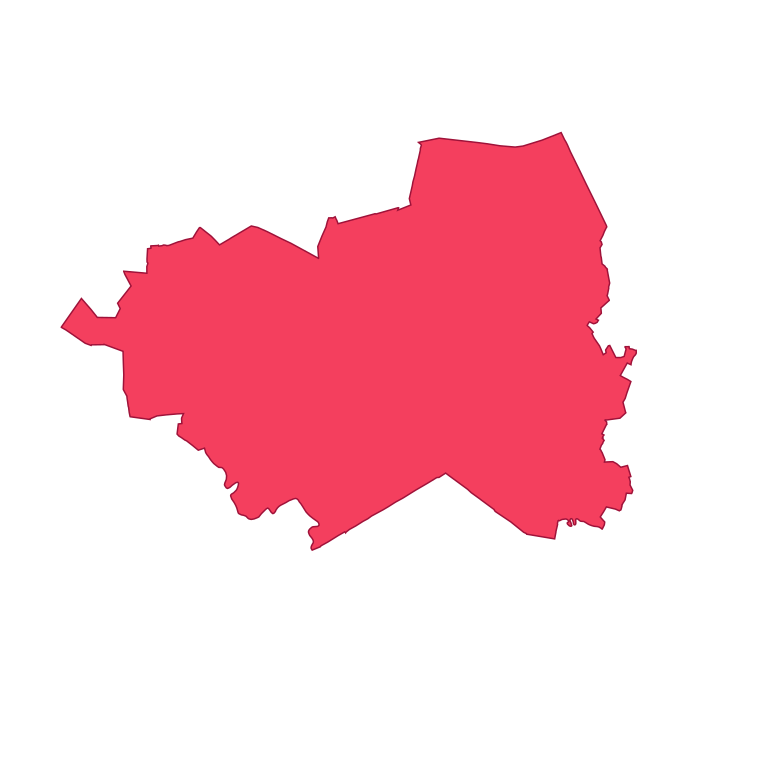 Rikavas pag., Rezeknes, Latvia (Albers equal-area conic projection), rotated 335°
{"feature_id": "27541924B46765973494104", "entity_name": "Rikavas pag.", "entity_type": "district", "adm_level": 2, "iso_a3": "LVA", "parent_name": "Latvia", "parent_adm1": "Rezeknes", "projection": "albers", "projection_center": [27.008, 56.629], "detail": "fine", "context": "isolated", "style": "filled", "palette": "rose", "viewbox_px": 768, "rotation_deg": 335, "n_neighbors": 0, "source": "geoboundaries", "source_scale": "gbopen_adm2", "svg_char_len": 6099}
<svg xmlns="http://www.w3.org/2000/svg" viewBox="0 0 768 768"><g transform="rotate(335 384 384)"><path d="M115.5,196.3L118.5,200.5L120.3,203.5L130.4,220.8L134.9,225.3L135.5,224.9L147.1,230.1L147.2,229.9L161.3,244.1L156.7,254.7L152.0,265.8L145.5,278.6L145.4,279.0L145.8,285.9L145.9,286.2L145.1,288.4L144.0,292.2L143.1,295.0L142.8,296.0L142.6,297.4L141.1,302.0L140.1,306.1L140.1,306.4L157.0,317.3L157.2,316.7L164.8,317.0L173.5,319.9L184.2,323.8L189.8,326.1L186.3,329.2L185.8,330.0L184.1,334.4L180.7,333.3L175.3,341.9L176.0,344.3L177.7,346.9L179.8,350.6L181.0,352.0L184.3,358.4L187.7,365.5L194.2,366.3L193.4,370.8L193.5,371.8L193.7,373.3L194.3,375.7L194.8,379.2L195.4,381.7L196.1,384.1L197.9,387.8L199.0,389.7L201.4,391.0L202.0,391.6L202.7,393.3L203.2,397.2L202.6,400.6L200.8,403.8L197.8,406.6L196.8,408.0L196.8,409.4L197.2,411.5L198.0,412.5L199.2,412.6L200.8,412.5L203.7,411.6L208.1,410.8L209.8,411.2L210.2,411.7L210.2,412.5L209.1,414.2L207.7,415.8L206.5,416.9L205.3,417.8L201.7,419.1L199.6,419.3L198.6,419.6L198.0,420.1L197.7,420.8L197.4,423.8L198.1,428.1L198.3,431.3L198.2,434.1L197.4,439.2L197.7,440.2L199.4,442.3L201.2,443.6L202.9,445.3L203.3,446.1L203.9,448.0L204.6,449.2L206.4,450.6L209.3,451.4L212.5,451.6L214.3,451.6L218.1,449.7L223.9,447.6L225.4,447.3L226.1,447.3L226.5,447.7L226.9,448.6L227.2,450.1L227.5,452.4L228.2,454.1L228.5,454.5L229.6,454.6L231.6,453.7L232.9,452.5L235.2,451.2L237.2,450.5L239.0,450.2L244.9,450.0L248.7,449.6L253.6,449.9L255.6,450.4L256.4,451.1L256.9,452.0L257.3,453.1L257.4,454.8L258.1,457.6L258.5,460.5L259.3,467.1L260.1,469.7L261.0,472.1L262.8,475.7L265.6,480.6L265.9,481.5L266.0,482.5L265.9,483.4L265.7,483.9L265.3,484.6L264.7,484.8L263.7,485.0L259.4,483.4L258.5,483.3L257.7,483.4L255.4,484.1L254.3,484.7L253.4,485.5L252.9,486.5L252.7,488.1L252.7,489.9L253.5,493.1L253.7,494.6L253.7,495.7L253.5,496.7L253.1,497.5L252.7,498.0L250.3,499.7L249.5,500.5L248.9,501.2L248.5,502.2L248.7,504.2L257.5,504.6L258.6,504.0L266.3,503.5L278.5,502.0L285.9,501.4L286.2,502.0L286.3,502.7L287.0,502.2L291.2,501.2L298.5,500.7L307.1,499.6L312.4,499.3L316.9,498.4L330.2,497.6L336.3,497.0L344.7,495.9L352.8,495.4L367.6,493.6L381.7,492.3L392.3,491.1L394.4,491.9L402.2,490.8L405.1,496.2L405.6,497.1L415.3,514.8L417.1,519.3L422.5,529.0L422.6,529.3L430.7,544.2L430.8,544.3L430.7,545.4L431.0,546.6L440.6,562.5L447.9,577.4L449.8,579.7L449.8,580.4L473.2,596.5L477.3,590.8L477.3,590.6L482.0,584.6L482.1,584.0L482.5,583.3L483.9,581.6L484.4,581.4L484.6,581.7L485.0,582.0L485.7,582.1L487.9,582.0L488.4,582.1L491.6,583.1L492.6,583.9L493.1,584.8L493.4,585.8L493.3,586.5L493.0,586.9L491.8,587.1L491.4,587.3L491.1,588.0L491.2,588.8L492.0,590.8L492.8,591.7L493.9,592.0L494.4,591.6L494.6,589.8L494.8,588.6L494.8,586.8L494.9,586.3L495.0,586.0L495.5,585.4L496.0,585.2L496.5,585.1L497.0,585.3L497.4,585.9L497.4,587.7L497.2,589.2L496.7,590.5L496.8,591.8L497.2,592.2L497.5,592.3L497.9,592.3L498.3,592.1L498.8,591.6L499.5,590.2L500.0,588.8L500.7,587.7L501.0,587.6L501.8,587.6L502.3,588.0L502.7,588.6L503.8,590.9L504.4,591.6L506.9,593.0L507.2,593.3L509.9,597.4L511.1,598.8L512.6,600.3L514.4,601.8L517.1,603.4L518.3,604.4L519.6,606.2L520.2,607.5L520.5,607.7L523.9,605.0L524.5,604.3L525.7,602.4L525.7,602.1L525.3,601.0L523.8,595.9L529.0,592.6L533.6,589.4L540.9,595.2L543.7,598.4L544.4,598.2L545.3,598.3L546.2,597.5L548.0,595.3L547.9,595.0L548.9,594.1L548.8,593.9L553.5,590.9L557.5,585.4L562.1,587.9L562.8,587.4L564.5,585.5L564.3,579.5L565.9,576.6L566.4,573.8L566.5,572.0L568.6,572.2L570.2,560.8L563.4,559.5L561.2,554.6L558.6,551.1L550.8,547.9L552.3,546.0L552.7,538.3L552.5,536.8L552.6,535.7L552.1,534.3L555.2,531.3L557.1,530.3L557.7,529.5L559.7,528.1L559.2,526.5L559.7,525.5L559.1,525.2L560.0,524.2L561.8,523.2L560.4,521.2L568.7,514.6L568.9,514.7L569.7,512.5L569.0,510.3L569.3,510.0L570.9,510.8L583.4,514.7L591.0,512.3L591.1,511.9L591.0,511.6L592.9,501.5L596.5,499.0L600.3,494.8L608.8,486.1L606.7,482.9L603.8,479.2L601.7,476.2L613.3,467.8L616.0,470.9L616.6,469.9L617.9,468.2L620.2,466.0L621.9,464.7L624.4,463.7L625.7,462.6L626.8,460.1L626.0,459.7L623.9,457.4L621.4,455.8L621.3,455.7L621.9,453.7L618.3,452.1L618.0,452.6L618.2,453.9L618.1,454.7L613.3,460.5L609.7,460.1L605.3,458.0L604.9,444.5L603.5,444.2L599.3,446.8L599.1,447.1L598.6,449.4L598.5,449.6L595.1,450.1L595.4,443.5L595.4,440.4L593.9,431.7L593.8,430.3L593.8,426.4L593.9,426.1L595.5,425.4L594.2,420.0L593.1,417.5L592.9,416.8L593.3,416.4L596.4,414.4L598.8,417.3L599.5,418.0L601.1,418.3L603.2,418.2L605.3,416.8L603.6,414.7L610.8,411.8L610.9,411.7L612.7,406.7L623.5,403.4L623.6,403.2L623.5,398.2L624.5,397.2L628.3,392.0L628.5,391.1L629.9,389.5L631.2,387.9L631.9,385.1L634.7,374.2L634.9,374.2L634.9,373.9L634.1,371.9L634.0,370.6L632.4,367.3L634.4,361.1L634.6,359.7L636.9,353.1L637.3,351.9L640.6,349.7L641.0,347.0L640.4,345.5L645.2,341.8L648.0,339.1L651.6,336.2L652.3,335.8L652.5,334.2L652.2,311.3L651.7,287.4L651.5,272.0L651.2,257.4L651.1,252.3L651.3,244.6L651.2,241.6L650.9,238.8L650.8,231.0L630.3,229.8L610.6,227.1L603.0,224.7L589.9,217.2L579.2,210.0L570.8,204.7L537.8,184.5L517.4,179.6L517.8,180.6L518.5,181.9L518.8,183.0L518.7,183.5L516.5,185.9L515.7,187.5L510.4,194.4L508.9,196.1L507.5,198.1L504.1,202.4L499.6,208.4L495.6,213.1L493.4,216.3L485.3,226.7L484.0,233.1L469.9,232.3L471.7,230.5L471.4,230.2L448.9,226.6L448.6,226.5L447.9,225.9L410.1,219.3L410.4,215.9L410.3,214.0L410.4,211.8L407.7,211.9L407.1,211.4L404.1,210.1L401.1,213.1L397.8,217.2L390.3,223.7L382.1,231.4L377.9,242.3L377.7,242.4L359.1,217.1L352.4,209.0L342.4,196.4L335.8,188.8L330.5,184.7L307.1,187.0L305.3,187.3L293.7,188.4L291.7,182.2L289.9,177.1L283.7,164.7L283.3,164.4L282.6,164.4L278.3,167.0L272.4,171.0L265.1,169.3L259.3,168.6L257.6,168.2L247.7,167.5L245.6,166.8L245.1,166.2L243.1,164.9L241.1,164.8L238.1,163.8L238.2,162.9L237.3,162.8L231.1,160.3L230.6,161.1L230.6,161.6L230.2,162.4L229.1,162.2L226.9,161.5L222.1,170.4L220.8,173.3L221.1,174.6L220.5,175.4L218.7,177.3L215.9,183.4L195.8,171.8L195.7,172.0L195.5,175.4L196.2,188.3L176.7,198.2L176.8,204.2L168.8,210.5L152.3,202.5L149.9,192.5L145.9,178.6L115.7,196.0L115.5,196.3Z" fill="#f43f5e" stroke="#9f1239" stroke-width="1.5"/></g></svg>